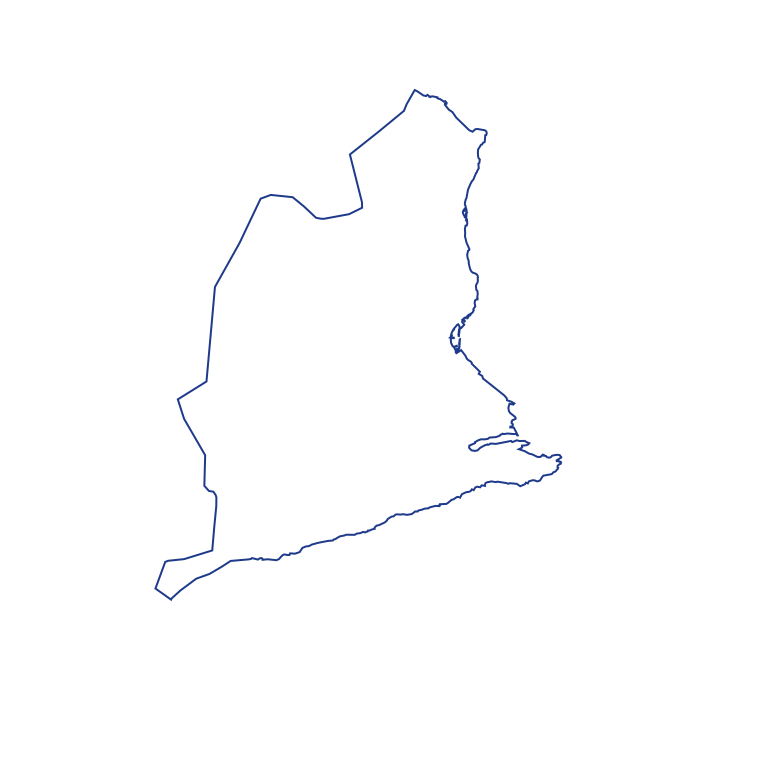 outline of Hareid nor, Møre og Romsdal, Norway, rotated 24°
{"feature_id": "86288312B50264654015152", "entity_name": "Hareid nor", "entity_type": "district", "adm_level": 2, "iso_a3": "NOR", "parent_name": "Norway", "parent_adm1": "Møre og Romsdal", "projection": "orthographic", "projection_center": [6.014, 62.352], "detail": "fine", "context": "isolated", "style": "outline", "palette": "blue", "viewbox_px": 768, "rotation_deg": 24, "n_neighbors": 0, "source": "geoboundaries", "source_scale": "gbopen_adm2", "svg_char_len": 6165}
<svg xmlns="http://www.w3.org/2000/svg" viewBox="0 0 768 768"><g transform="rotate(24 384 384)"><path d="M277.2,667.6L277.2,666.3L281.9,655.6L291.6,638.3L301.9,628.4L310.3,616.6L315.9,608.0L332.0,599.1L333.9,597.6L334.2,596.7L340.2,595.7L341.5,593.7L342.9,592.9L344.0,593.0L344.6,594.0L348.8,591.5L357.4,588.7L359.4,586.5L360.0,584.2L361.0,581.7L362.1,580.3L365.6,579.4L367.2,578.6L367.1,576.9L371.7,575.2L375.3,571.9L376.1,567.0L378.8,564.1L381.4,562.6L383.3,560.1L388.4,555.9L396.7,550.1L400.9,547.8L401.4,546.4L402.5,545.6L405.5,541.3L409.5,538.4L410.7,537.1L418.6,533.7L419.9,531.8L423.1,529.8L425.1,527.6L427.1,527.3L427.7,526.4L429.1,525.4L429.0,524.4L430.6,523.6L431.8,522.1L434.3,520.1L433.9,519.8L433.9,518.8L434.3,517.5L435.1,516.2L436.9,514.9L440.9,510.3L442.1,507.9L442.3,505.9L444.7,502.2L446.7,500.9L447.5,498.8L448.8,497.8L452.2,496.6L454.1,495.3L458.4,494.1L461.4,492.1L462.4,491.3L464.3,487.8L466.6,486.8L466.9,485.5L469.3,483.8L471.9,481.3L475.3,479.4L475.8,478.2L480.6,474.4L484.4,473.0L484.4,472.4L483.7,472.6L483.8,471.2L489.7,468.2L490.7,466.8L492.9,462.2L494.4,461.1L496.5,457.7L497.7,457.0L499.7,456.9L500.0,452.9L503.3,449.2L505.3,448.1L506.7,446.6L507.1,444.5L509.1,444.5L509.5,441.4L510.9,439.9L513.9,439.2L514.3,437.2L514.7,436.7L517.7,436.0L517.2,435.1L517.1,433.1L518.5,431.5L520.4,430.4L521.4,429.4L526.3,428.1L527.3,427.1L536.2,424.7L538.2,424.6L539.1,423.5L546.0,421.2L550.0,422.0L553.4,418.4L553.8,416.4L555.8,416.3L556.0,414.0L559.0,411.4L561.2,410.7L562.8,410.8L564.0,410.4L565.5,409.0L565.8,408.3L566.4,404.2L566.9,402.9L573.6,398.3L574.1,397.6L574.7,395.6L576.0,394.5L576.6,393.1L576.6,392.4L577.3,391.0L577.1,390.1L577.2,389.8L576.5,389.6L575.9,388.3L576.0,387.6L577.0,385.9L577.9,385.0L577.9,384.7L577.3,384.1L577.5,383.4L577.1,383.2L575.7,383.7L575.1,383.3L573.3,384.2L573.1,384.0L573.5,383.6L573.0,383.8L572.8,383.5L575.8,379.1L575.8,378.8L573.4,377.5L571.3,378.1L568.8,379.6L566.6,381.3L566.4,382.3L565.9,383.4L564.5,384.2L562.7,384.6L561.2,383.9L559.1,384.5L559.1,383.9L557.8,383.9L556.6,387.0L553.9,388.2L548.0,388.0L544.8,388.6L540.0,388.1L533.8,388.7L534.9,387.5L536.0,385.7L535.1,384.2L538.6,382.3L540.4,380.5L540.8,379.0L537.8,379.1L535.8,378.7L530.9,381.0L528.3,381.4L524.8,384.9L523.3,384.3L510.6,393.2L505.8,394.9L504.4,396.8L503.5,397.3L503.2,397.1L501.1,398.9L497.9,403.1L496.4,406.6L494.4,408.1L490.9,409.0L487.7,407.7L487.0,405.6L491.2,401.0L490.8,400.1L493.3,396.7L495.1,395.1L498.9,393.4L501.2,391.8L502.2,390.0L508.0,386.9L510.8,384.1L511.0,383.0L512.0,382.1L512.4,381.2L513.9,381.0L517.0,379.0L523.3,376.8L525.3,375.6L526.6,376.8L527.1,376.5L520.3,371.0L517.0,372.3L516.8,371.5L518.3,370.8L518.5,370.2L518.1,368.4L516.7,368.0L516.0,366.9L516.2,366.6L515.9,365.8L516.1,364.8L518.3,362.5L518.2,361.6L517.0,360.7L511.1,359.2L509.2,358.0L507.6,355.7L507.1,354.2L506.7,351.0L510.5,350.2L511.0,348.7L507.2,348.4L503.0,348.8L501.8,347.0L498.4,345.5L472.2,338.7L470.5,336.7L466.4,336.2L466.6,333.8L455.9,329.8L455.6,329.0L454.4,328.3L450.9,327.8L449.2,327.1L447.0,325.1L440.7,321.7L437.6,326.4L436.6,325.8L436.2,324.9L438.1,322.2L438.2,320.5L435.2,312.3L435.0,312.5L436.4,316.1L436.1,316.2L436.3,316.7L436.6,316.6L437.8,320.0L437.9,320.5L437.7,321.3L435.1,323.6L432.9,321.9L434.3,320.5L434.7,320.5L435.3,320.0L434.9,319.5L432.9,321.5L431.4,321.6L428.6,319.2L426.4,315.3L426.7,315.1L426.5,314.8L429.1,313.7L428.9,313.3L426.2,314.4L426.1,314.0L425.7,314.2L425.9,313.7L425.5,312.3L427.2,311.9L425.4,312.1L425.0,309.3L425.2,306.4L425.6,306.5L425.7,306.0L425.3,305.9L425.6,304.3L426.8,300.2L427.4,299.3L428.6,299.9L429.8,301.1L430.8,304.2L430.6,304.3L430.8,304.8L431.0,304.7L431.4,305.9L431.1,306.0L431.3,306.5L431.6,306.4L432.0,307.6L431.7,307.7L431.8,308.2L432.1,308.1L432.6,309.7L432.9,309.7L430.8,303.1L431.0,302.2L431.5,301.2L431.8,301.3L433.2,297.2L430.1,295.6L430.1,294.5L429.5,293.8L430.0,293.5L429.9,293.1L430.1,292.9L432.1,294.1L432.2,293.8L431.8,293.6L432.4,293.6L430.0,292.3L430.0,292.0L431.0,290.4L432.2,290.8L431.7,290.4L432.8,288.3L433.4,288.6L433.5,289.2L433.3,290.0L432.7,290.7L433.3,290.3L433.7,289.4L433.7,288.6L432.6,287.7L433.3,286.3L434.4,286.7L434.6,286.4L434.8,285.8L434.3,285.3L434.4,284.6L435.0,284.5L435.9,282.2L436.0,280.1L435.4,279.8L435.2,278.9L435.8,276.0L433.8,273.0L433.2,270.7L434.0,269.0L435.0,268.7L434.8,267.8L433.9,266.8L433.1,263.9L431.5,261.0L430.1,260.5L428.1,257.1L427.9,255.0L428.2,253.2L427.7,251.3L426.4,249.0L426.5,248.4L425.4,246.9L424.3,246.2L422.7,245.9L419.7,246.2L418.0,245.6L416.3,244.3L414.9,242.7L412.1,238.9L411.9,238.1L410.3,235.9L409.4,235.3L407.4,232.1L406.6,227.9L407.4,227.0L407.2,226.1L401.8,221.2L397.9,216.1L396.6,212.7L394.9,209.6L394.1,206.2L395.1,205.6L394.9,203.8L393.3,200.7L392.4,201.1L392.3,200.6L392.8,200.3L392.3,199.4L390.6,198.9L391.3,197.9L390.2,195.2L389.7,195.4L390.5,197.5L390.4,198.0L389.7,198.3L387.7,196.8L386.4,195.4L386.0,194.6L386.0,193.7L386.8,193.3L386.8,192.7L386.1,192.3L386.5,190.9L387.3,190.5L388.2,191.5L389.1,193.4L390.0,193.9L390.1,193.6L389.2,192.7L388.5,191.3L387.5,190.1L386.7,190.2L386.8,189.4L386.2,188.3L385.0,187.3L384.2,185.5L383.6,182.0L383.7,180.6L381.7,172.3L381.6,166.0L381.8,163.1L382.5,160.9L382.3,153.7L382.7,152.8L382.5,151.4L382.8,148.4L380.6,144.3L381.2,143.3L380.2,139.9L378.6,139.2L377.4,137.8L375.5,134.1L374.6,131.4L375.3,126.0L376.2,125.2L376.5,123.1L377.5,122.2L377.3,121.0L375.3,115.6L376.1,115.0L375.9,113.2L374.7,111.6L372.9,111.2L365.3,113.1L363.8,114.2L362.3,117.5L358.7,117.5L341.7,111.3L336.0,107.8L331.6,107.0L326.0,104.1L325.7,103.1L327.1,102.6L327.0,101.8L324.8,100.7L323.9,101.7L319.7,100.9L316.5,101.2L316.2,100.4L311.5,101.4L310.2,102.1L309.7,103.0L308.7,103.2L308.4,102.7L306.1,102.2L305.4,103.8L302.6,104.4L295.7,103.1L292.5,103.0L290.9,119.1L291.1,126.4L276.4,155.8L259.5,188.2L290.0,227.0L292.3,231.9L283.1,243.0L261.8,257.6L259.3,258.6L254.3,259.8L238.8,254.4L224.6,250.5L203.7,257.3L195.9,264.9L194.7,313.8L190.1,364.1L220.8,453.9L201.9,481.9L215.5,497.1L249.6,521.8L261.3,550.1L267.6,552.9L272.0,551.8L275.5,554.0L277.0,555.8L280.5,563.9L287.4,584.6L294.8,605.9L272.6,625.3L258.7,633.3L256.5,635.5L258.4,663.8L277.2,667.6Z" fill="none" stroke="#1e3a8a" stroke-width="2"/></g></svg>